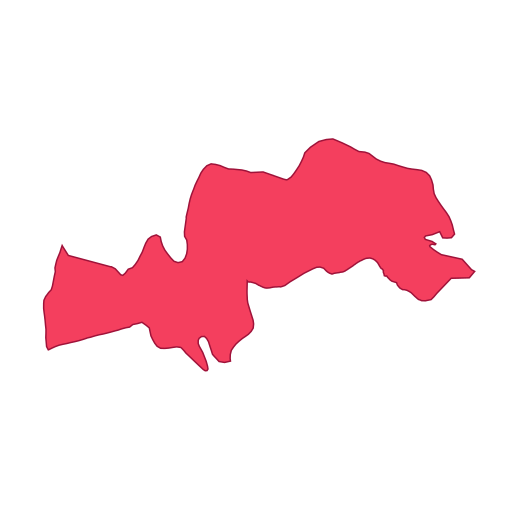 Kuhlan Afar, Hajjah, Yemen, rotated 85°
{"feature_id": "15242507B42632084566957", "entity_name": "Kuhlan Afar", "entity_type": "district", "adm_level": 2, "iso_a3": "YEM", "parent_name": "Yemen", "parent_adm1": "Hajjah", "projection": "mercator", "projection_center": [43.707, 15.758], "detail": "fine", "context": "isolated", "style": "filled", "palette": "rose", "viewbox_px": 512, "rotation_deg": 85, "n_neighbors": 0, "source": "geoboundaries", "source_scale": "gbopen_adm2", "svg_char_len": 6051}
<svg xmlns="http://www.w3.org/2000/svg" viewBox="0 0 512 512"><g transform="rotate(85 256 256)"><path d="M150.4,161.1L148.4,164.8L146.1,169.2L146.1,175.8L147.4,183.4L152.4,192.3L157.4,198.3L158.2,198.7L161.5,200.1L165.6,202.4L169.9,205.1L173.7,208.1L174.8,209.0L177.2,211.0L180.4,214.1L182.6,217.9L182.8,219.0L181.9,221.7L172.9,241.6L172.4,254.0L171.1,256.8L170.5,258.1L169.4,261.6L169.1,262.5L168.3,266.8L167.5,271.2L166.9,275.8L165.0,279.8L162.8,283.9L161.2,288.5L160.9,290.0L160.3,292.7L161.8,297.1L165.1,300.9L168.6,303.7L172.7,306.0L176.4,308.3L180.2,310.5L184.7,312.6L185.4,313.0L188.9,314.7L189.3,314.9L193.5,316.6L197.8,318.0L202.5,319.3L206.9,320.8L211.2,322.2L212.1,322.1L225.7,325.2L230.2,325.4L234.1,323.6L238.7,323.4L243.3,323.8L247.8,324.9L252.0,326.9L255.2,329.9L255.6,332.6L255.8,334.3L254.1,338.2L250.6,341.0L246.2,343.9L242.2,346.3L237.8,348.1L233.3,349.2L228.8,349.7L226.5,353.2L226.3,353.5L227.5,358.4L229.8,362.0L233.6,364.7L237.5,366.7L241.9,368.8L242.9,369.4L246.1,371.5L250.1,373.9L253.9,377.0L256.9,380.1L258.0,384.4L261.7,387.7L263.7,390.4L262.9,392.4L256.5,397.3L255.5,398.8L254.1,401.0L254.0,402.0L239.1,442.9L230.0,447.6L228.7,448.2L231.7,449.5L235.4,451.0L239.0,452.9L243.0,454.9L246.5,456.1L250.3,457.3L254.2,457.3L258.3,458.6L268.2,461.4L271.8,462.9L274.3,465.7L276.6,467.7L278.0,469.0L281.6,471.1L285.1,471.7L285.4,471.7L289.6,472.1L293.8,472.0L297.9,471.8L302.1,471.7L306.3,471.7L310.7,471.6L314.9,472.0L319.0,472.5L323.4,472.5L327.3,472.5L328.0,472.5L331.4,471.1L331.4,470.9L330.0,467.4L328.7,463.7L327.7,460.0L327.1,456.0L326.7,452.2L326.0,447.8L325.5,443.7L324.9,439.9L324.0,435.5L323.2,432.1L322.9,431.2L322.4,427.3L322.3,427.1L321.5,423.3L320.8,419.1L320.4,415.2L319.8,411.3L319.1,407.2L318.4,403.5L318.3,403.0L317.8,399.8L317.0,396.8L317.0,396.5L316.8,395.8L316.1,391.8L315.8,388.1L313.5,384.7L313.0,380.0L312.1,375.4L315.4,371.5L317.5,369.4L318.2,368.6L322.3,368.1L326.4,367.6L330.2,366.2L334.0,364.5L337.3,362.4L339.6,359.1L340.1,355.1L340.1,351.0L339.8,346.9L339.6,343.0L340.5,339.0L341.1,338.3L343.6,336.3L346.7,334.2L349.7,331.5L353.1,328.5L356.2,325.8L359.6,322.8L364.5,318.4L365.9,316.6L365.9,314.8L365.7,314.6L364.4,313.7L361.5,313.9L356.6,314.8L347.4,317.5L340.9,320.4L338.2,321.2L335.0,320.9L333.5,320.1L333.0,319.8L331.5,317.3L331.6,315.8L331.6,314.4L333.8,312.4L337.2,310.8L342.6,309.6L345.5,308.9L350.1,307.9L351.4,307.0L352.5,306.2L354.6,304.5L357.9,302.0L359.3,296.6L358.5,290.6L355.8,290.7L351.9,290.2L347.8,288.8L344.7,286.3L342.0,283.7L341.6,283.2L339.5,280.5L337.3,277.3L336.3,275.6L335.2,273.6L333.3,270.4L330.7,267.4L327.6,265.1L323.5,264.3L321.4,264.4L319.7,264.5L315.2,265.5L310.3,266.6L306.4,267.4L302.0,268.3L298.2,268.5L297.4,268.4L294.3,268.3L292.4,268.2L289.9,268.0L280.1,266.9L280.8,266.4L281.2,265.7L281.4,264.6L281.4,263.8L281.6,263.3L281.7,262.7L281.9,262.4L282.1,261.6L282.3,261.3L282.5,260.6L282.8,260.1L282.9,259.5L283.2,259.0L283.3,258.6L283.6,258.2L283.9,257.9L284.1,257.5L284.4,257.2L284.6,256.8L285.1,256.2L285.4,255.8L285.5,255.5L285.7,255.1L286.0,254.6L286.2,254.2L286.6,253.7L286.8,253.4L287.0,252.8L287.3,252.4L287.7,251.8L288.0,251.1L288.1,250.7L288.4,250.2L288.5,249.9L288.6,249.3L288.8,248.9L288.8,248.4L288.9,247.8L288.9,247.3L288.9,246.7L288.9,246.2L288.9,245.4L288.9,244.7L288.7,243.8L288.7,243.1L288.6,242.5L288.5,241.9L288.5,241.4L288.5,240.5L288.5,240.2L288.5,239.5L288.5,239.0L288.6,238.4L288.6,237.7L288.6,237.1L288.6,236.7L288.6,236.1L288.6,235.7L288.7,235.0L288.9,234.5L288.9,234.3L288.7,233.0L287.9,229.8L284.6,224.2L280.8,216.4L277.5,209.9L277.4,209.7L276.7,208.0L275.6,205.2L273.7,200.4L272.5,196.5L272.6,193.1L274.1,189.6L277.2,187.1L278.5,185.7L279.6,184.1L280.6,181.9L280.4,180.8L280.1,179.9L280.0,179.1L279.8,175.8L279.8,175.3L279.8,174.7L279.7,174.3L279.6,173.9L279.5,173.2L279.5,172.4L279.5,171.5L279.4,171.0L279.3,170.4L279.1,169.7L278.9,169.3L278.7,168.8L278.6,168.3L278.3,168.0L277.9,167.1L277.8,166.8L277.6,166.5L277.2,165.8L276.8,165.0L276.6,164.6L276.3,164.3L276.1,163.7L275.8,163.2L275.5,162.6L275.2,162.1L274.8,161.3L274.5,160.8L274.2,160.2L273.8,159.7L273.3,158.9L273.1,158.5L273.0,158.2L272.4,157.4L272.2,157.0L272.0,156.7L271.7,156.1L271.5,155.7L271.2,155.2L270.9,154.7L270.7,154.0L270.5,153.7L270.3,153.3L270.0,152.9L270.0,152.6L269.8,152.0L269.5,151.1L269.2,150.4L269.0,150.1L268.9,149.8L268.8,149.3L268.5,148.6L268.4,148.1L268.1,147.3L268.0,146.5L267.9,146.2L267.9,145.3L267.9,144.5L267.9,144.0L267.9,143.3L267.9,142.9L268.0,142.3L268.3,141.7L268.4,141.3L268.7,140.7L268.9,140.2L269.2,139.6L269.4,139.3L269.7,138.9L269.8,138.8L270.2,138.2L270.5,137.8L271.1,137.3L271.4,137.0L271.7,136.7L272.2,136.3L272.5,136.0L273.0,135.7L273.4,135.3L273.8,135.2L274.4,134.9L275.2,134.5L275.5,134.4L276.0,134.1L276.4,134.0L277.0,133.7L278.0,133.1L278.5,133.0L278.9,132.6L279.5,132.2L279.7,131.7L280.0,131.4L280.2,131.1L280.8,130.9L281.7,130.3L282.8,130.6L283.7,130.5L284.8,130.1L286.8,129.9L287.3,128.8L287.3,127.5L288.6,126.8L290.1,125.6L291.5,124.5L292.7,123.1L292.9,122.9L294.3,119.5L294.8,118.3L297.2,117.7L299.2,116.4L300.6,115.3L301.6,113.9L302.3,112.8L302.5,111.0L303.3,108.7L304.6,106.6L306.1,104.6L307.5,103.4L310.1,101.2L311.1,100.2L312.1,99.3L313.2,98.2L313.8,97.3L314.1,96.2L314.9,95.1L315.4,91.0L315.2,89.8L314.7,85.4L312.2,82.4L308.9,79.1L295.2,63.5L295.7,55.5L296.3,45.4L296.2,45.3L296.0,45.1L290.4,39.5L288.4,42.5L277.2,50.9L270.8,71.3L267.9,75.2L265.0,78.7L261.8,82.0L260.7,82.1L259.9,80.6L259.6,79.5L260.4,76.7L259.6,75.8L257.6,78.4L256.9,79.2L254.2,85.9L252.2,86.7L250.8,85.3L250.1,78.6L247.8,70.9L254.2,68.4L254.8,64.1L254.8,59.7L251.5,56.3L246.9,57.1L242.1,57.8L237.9,58.9L233.7,60.3L229.7,62.4L228.5,63.1L225.8,64.8L221.8,67.2L217.7,69.5L213.6,71.6L209.4,73.1L204.9,73.5L200.6,73.5L195.5,74.5L191.3,76.0L187.6,79.1L186.2,81.6L185.2,83.4L184.0,88.2L183.0,93.1L181.9,97.4L180.1,102.1L178.3,106.6L176.5,110.7L175.3,115.0L174.2,119.4L172.4,123.6L169.9,127.7L164.5,133.6L163.7,134.5L162.0,138.5L160.9,144.4L158.2,148.6L155.6,152.2L153.3,156.1L150.7,160.5L150.4,161.1Z" fill="#f43f5e" stroke="#9f1239" stroke-width="1.5"/></g></svg>